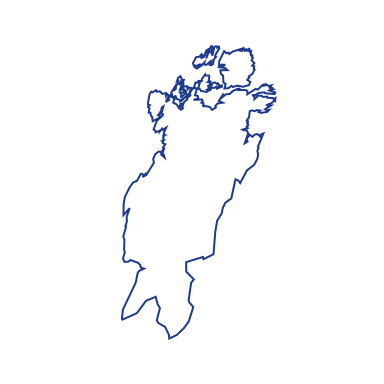 Os nor, Hordaland, Norway (Equal Earth projection), rotated 144°
{"feature_id": "86288312B99631604465694", "entity_name": "Os nor", "entity_type": "district", "adm_level": 2, "iso_a3": "NOR", "parent_name": "Norway", "parent_adm1": "Hordaland", "projection": "equal_earth", "projection_center": [5.41, 60.23], "detail": "fine", "context": "isolated", "style": "outline", "palette": "blue", "viewbox_px": 384, "rotation_deg": 144, "n_neighbors": 0, "source": "geoboundaries", "source_scale": "gbopen_adm2", "svg_char_len": 6025}
<svg xmlns="http://www.w3.org/2000/svg" viewBox="0 0 384 384"><g transform="rotate(144 192 192)"><path d="M288.3,85.3L278.2,86.7L270.7,89.2L258.5,98.2L259.1,103.9L258.3,106.5L246.1,119.0L241.9,120.2L243.5,131.0L237.9,138.7L221.3,133.0L222.2,130.9L211.2,129.0L196.6,146.1L188.5,154.0L180.6,157.2L176.3,161.1L171.1,163.8L164.0,163.7L149.4,176.7L147.8,174.1L147.8,170.9L134.8,177.2L125.6,177.5L119.7,180.4L116.6,183.3L114.6,187.3L112.2,188.5L112.2,189.8L99.8,197.4L103.8,198.3L104.3,196.8L105.0,200.4L107.2,201.5L110.7,201.2L111.6,204.4L116.7,202.9L117.4,200.1L120.7,200.4L112.0,206.6L111.4,210.9L113.5,211.1L114.4,212.7L109.2,211.0L109.4,212.7L107.1,213.0L107.3,214.2L105.9,215.4L106.5,215.9L105.1,216.8L105.5,217.8L101.9,218.9L97.9,223.4L95.6,222.9L93.9,220.6L91.4,220.2L89.7,218.5L90.6,218.0L89.4,217.5L90.8,217.0L89.6,215.4L84.0,212.6L81.3,213.1L83.4,214.0L84.3,216.0L77.1,215.5L81.1,218.5L74.5,217.1L72.1,217.7L71.4,216.6L69.3,218.9L71.4,219.0L71.3,220.4L75.7,224.1L75.2,225.0L78.8,227.3L79.1,228.9L82.0,231.2L87.0,230.4L85.2,233.1L86.5,235.0L83.3,233.1L80.0,233.0L74.8,230.1L74.8,229.0L67.7,222.7L66.1,223.6L69.7,228.6L65.9,227.4L66.7,228.6L65.1,228.2L67.2,229.4L66.5,229.6L67.6,230.8L65.0,231.6L67.7,232.7L68.5,234.6L70.7,235.5L69.4,236.0L71.6,237.1L78.6,236.2L79.9,238.0L89.8,238.5L87.9,241.0L88.3,242.7L94.3,247.0L93.0,247.3L93.5,248.4L99.6,249.8L103.7,249.1L107.5,251.2L110.0,250.9L109.8,252.0L111.2,251.4L110.6,252.3L116.8,249.9L114.7,246.2L119.3,248.6L122.6,247.9L123.0,246.3L127.5,246.7L127.6,250.3L131.1,254.1L133.3,254.9L131.2,254.5L131.8,256.0L130.5,257.2L131.9,258.7L129.8,259.5L129.5,260.9L136.6,265.7L131.9,264.0L130.9,266.4L132.7,268.5L127.3,272.7L128.5,274.3L130.5,275.2L133.4,274.3L137.5,272.3L136.5,271.3L137.5,270.9L139.6,272.4L140.3,271.7L138.9,271.6L141.7,269.6L145.4,269.5L149.8,266.5L150.1,265.1L152.6,265.0L152.8,266.9L147.9,269.2L149.5,269.9L153.2,268.0L153.0,271.9L154.7,275.4L151.5,277.7L152.7,281.4L153.3,281.0L152.3,282.1L152.6,283.8L152.8,282.7L157.1,280.7L156.7,279.9L158.5,280.1L157.9,280.5L158.9,281.0L153.9,283.7L154.5,285.8L156.5,285.0L155.0,287.3L158.3,288.8L158.8,292.3L161.6,293.9L161.3,295.5L165.6,295.9L166.0,297.2L168.9,296.0L175.9,289.3L176.2,288.2L175.2,287.1L177.7,286.5L177.2,284.8L180.4,281.7L179.1,280.6L180.5,277.6L180.0,276.3L182.2,272.4L175.0,271.3L172.7,273.3L174.0,274.1L168.8,276.0L167.1,278.0L164.9,278.1L170.7,273.2L169.8,271.9L170.8,271.0L178.5,270.4L186.4,265.1L185.6,263.6L186.4,261.7L182.5,260.7L183.1,259.7L179.0,260.9L179.2,259.5L175.0,259.3L179.7,256.6L180.8,255.2L180.4,254.3L181.5,254.9L183.1,253.9L181.8,254.2L181.5,253.9L183.9,252.4L183.8,250.5L185.9,250.8L185.4,250.2L187.0,248.9L185.5,246.3L189.3,245.1L189.6,243.6L190.5,243.4L191.4,242.9L189.9,242.9L194.1,240.0L192.8,239.0L193.9,235.9L194.9,240.4L193.0,241.5L193.7,242.2L193.1,242.6L195.3,244.1L194.5,244.5L199.8,244.1L203.9,241.6L205.7,238.0L219.1,232.6L220.2,232.8L219.5,233.8L223.1,232.8L220.9,234.5L222.6,236.8L229.9,233.4L234.2,234.3L239.4,232.6L249.1,227.5L254.3,222.6L261.0,213.6L251.9,215.6L259.5,210.3L262.0,206.4L266.1,203.4L265.9,202.5L273.8,196.4L274.8,193.1L281.0,185.0L281.7,182.8L286.9,178.8L287.7,175.2L284.6,173.1L281.9,173.2L277.3,166.5L276.8,163.6L277.8,161.0L275.9,158.2L280.7,159.2L283.3,158.6L290.9,151.7L317.0,137.5L323.3,130.5L323.3,129.6L307.8,126.4L293.2,131.0L283.0,128.6L285.7,121.6L286.2,116.9L295.9,108.9L296.3,106.0L293.1,98.7L294.6,90.0L296.5,86.8L288.3,85.3ZM83.2,245.0L80.1,246.8L81.4,250.1L80.8,250.5L78.4,250.8L78.1,252.1L73.9,252.0L69.4,254.3L69.8,255.0L67.8,257.1L69.1,258.8L65.8,259.6L66.3,263.6L64.2,264.5L63.6,265.8L65.0,265.7L63.3,266.6L63.8,268.2L63.0,268.1L62.8,270.2L61.6,270.9L63.8,272.1L61.7,272.0L62.5,273.7L60.7,274.5L65.4,273.8L64.5,274.4L65.7,274.9L64.7,275.6L66.2,276.0L65.8,277.1L69.0,276.9L70.1,278.2L67.6,278.7L76.6,281.7L80.8,281.7L80.6,283.3L82.7,284.2L83.2,287.0L93.1,281.8L95.8,278.5L94.7,278.3L94.7,276.4L93.6,276.2L94.4,276.7L93.0,277.5L90.3,275.3L96.0,276.4L92.4,272.9L91.7,269.8L97.5,273.8L99.2,270.4L98.5,267.9L102.1,262.3L101.3,259.6L104.9,256.7L101.3,254.6L97.7,254.7L97.3,253.0L92.9,251.5L88.9,247.2L83.2,245.0ZM100.7,285.4L102.6,284.0L101.9,283.3L99.9,283.1L97.5,285.4L99.0,285.1L97.9,286.0L93.2,287.2L93.7,288.1L92.0,289.4L85.7,292.0L84.9,293.6L86.5,293.9L85.7,294.7L88.4,296.4L95.4,290.3L94.2,292.9L94.9,293.9L91.0,296.1L90.2,298.3L91.2,298.7L102.0,291.7L100.0,293.6L101.0,294.3L99.8,293.6L94.5,297.8L97.0,298.2L103.2,294.3L105.6,294.9L104.8,296.7L103.7,295.9L102.9,296.0L104.3,297.5L103.4,297.6L103.3,297.8L104.4,297.7L105.7,296.7L109.5,298.6L115.5,295.7L116.1,294.0L114.8,291.9L116.5,291.9L115.5,289.0L111.5,288.8L114.2,291.3L110.8,290.7L108.9,289.0L105.6,289.6L107.2,288.1L105.6,286.4L100.7,286.8L101.5,286.1L100.3,286.3L100.7,285.4ZM145.3,272.9L145.7,272.2L136.3,273.5L131.4,276.6L133.0,278.1L135.0,277.7L133.8,278.9L134.5,279.1L133.9,280.6L137.0,282.1L136.1,283.5L138.6,282.2L137.8,278.1L139.0,274.6L140.0,276.0L142.3,275.0L144.9,275.5L142.8,277.9L143.7,280.4L141.6,277.9L139.3,278.2L138.7,279.4L139.2,280.7L141.1,281.1L140.1,282.5L140.8,282.5L132.7,287.5L134.1,288.6L139.6,285.9L133.9,289.1L133.3,292.5L136.2,292.6L138.6,290.7L137.9,290.2L139.5,289.9L138.5,288.7L138.9,287.7L142.3,287.5L144.4,285.0L145.9,284.9L145.0,286.1L140.5,288.6L150.8,284.5L149.8,284.8L151.2,283.8L150.7,282.6L151.9,280.9L150.5,278.9L148.4,279.8L150.8,277.5L149.3,277.5L149.6,276.2L147.5,273.2L148.2,272.1L145.3,272.9ZM111.2,261.0L105.9,259.6L105.2,260.7L109.0,261.3L107.1,262.6L107.2,264.8L108.2,264.6L109.2,267.3L111.0,268.1L113.4,266.9L113.2,268.1L117.0,265.9L117.7,266.3L115.9,267.6L117.2,269.0L115.5,267.9L114.2,268.5L113.1,270.0L114.4,271.5L112.4,271.1L113.0,272.3L110.0,275.3L109.7,276.1L112.7,278.4L112.3,279.3L117.7,277.6L118.4,276.2L121.1,276.2L124.5,273.3L120.4,277.2L121.5,278.1L123.0,277.0L125.0,278.5L128.7,275.6L127.3,272.7L125.1,272.7L125.9,271.4L125.1,270.4L125.4,268.5L121.1,264.2L119.5,264.4L119.8,265.9L117.5,265.2L117.6,263.8L114.6,264.8L112.9,263.2L110.3,262.8L111.2,261.0Z" fill="none" stroke="#1e3a8a" stroke-width="2"/></g></svg>